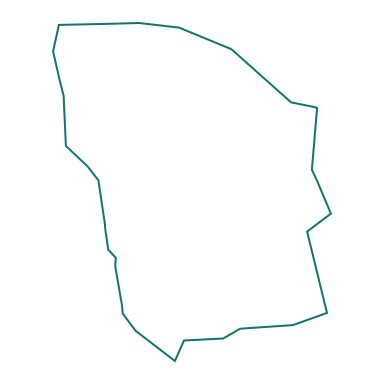 Deren, Dundgovi, Mongolia (Natural Earth projection)
{"feature_id": "93677404B83823475122235", "entity_name": "Deren", "entity_type": "district", "adm_level": 2, "iso_a3": "MNG", "parent_name": "Mongolia", "parent_adm1": "Dundgovi", "projection": "natural_earth1", "projection_center": [106.741, 46.214], "detail": "fine", "context": "isolated", "style": "outline", "palette": "teal", "viewbox_px": 384, "rotation_deg": 0, "n_neighbors": 0, "source": "geoboundaries", "source_scale": "gbopen_adm2", "svg_char_len": 528}
<svg xmlns="http://www.w3.org/2000/svg" viewBox="0 0 384 384"><path d="M58.9,24.9L53.1,51.4L59.0,77.4L63.6,95.6L65.9,145.9L87.6,166.4L98.4,180.3L103.0,211.2L104.9,224.0L105.2,228.7L108.2,249.6L115.8,257.8L115.2,266.2L122.1,306.0L122.7,313.6L135.7,330.9L174.9,361.0L184.0,340.5L223.2,338.5L240.1,328.7L292.9,325.1L327.0,312.9L307.1,231.6L330.9,213.6L317.1,180.9L311.9,169.7L317.1,107.9L313.2,106.8L291.1,102.4L231.4,49.2L179.0,27.6L139.1,23.0L106.3,23.9L58.9,24.9L58.9,24.9Z" fill="none" stroke="#0f766e" stroke-width="2"/></svg>